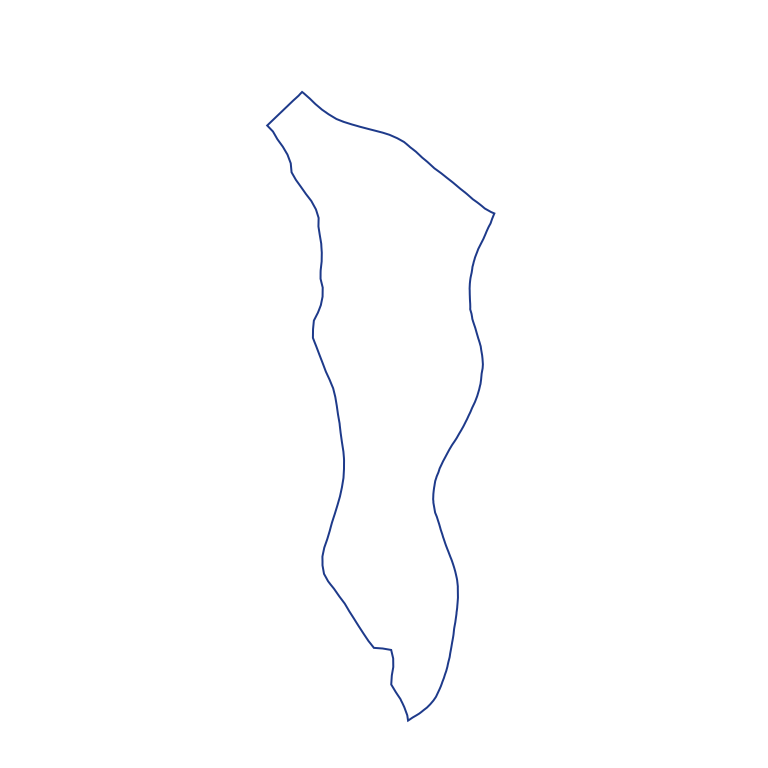 the district of Rakhyah, Hadramawt, Yemen, rotated 321°
{"feature_id": "15242507B88244220380617", "entity_name": "Rakhyah", "entity_type": "district", "adm_level": 2, "iso_a3": "YEM", "parent_name": "Yemen", "parent_adm1": "Hadramawt", "projection": "albers", "projection_center": [47.778, 15.473], "detail": "fine", "context": "isolated", "style": "outline", "palette": "blue", "viewbox_px": 768, "rotation_deg": 321, "n_neighbors": 0, "source": "geoboundaries", "source_scale": "gbopen_adm2", "svg_char_len": 4246}
<svg xmlns="http://www.w3.org/2000/svg" viewBox="0 0 768 768"><g transform="rotate(321 384 384)"><path d="M455.9,109.6L456.6,117.9L455.9,122.3L455.6,124.2L455.2,126.6L454.7,135.9L453.5,143.9L453.4,144.8L450.4,153.8L445.4,161.3L444.0,169.9L443.5,178.6L443.0,186.0L442.9,187.2L442.7,196.0L441.0,205.4L440.4,207.0L437.7,213.8L432.2,220.3L427.9,227.7L423.5,235.5L421.6,238.1L418.3,242.8L412.7,249.5L406.4,255.7L405.0,257.3L400.9,262.3L397.0,270.6L396.2,271.5L391.2,277.5L384.5,283.0L379.3,286.0L377.1,287.2L376.1,287.6L369.4,290.6L363.3,296.8L357.8,303.4L356.4,307.7L355.1,311.9L352.2,320.7L349.4,329.4L347.5,335.1L346.6,337.8L344.4,346.5L342.8,351.8L341.8,355.3L338.0,363.4L333.6,371.2L329.1,378.7L328.1,380.5L324.6,386.8L323.4,388.6L319.6,394.6L314.9,402.4L309.9,411.0L306.3,416.3L304.9,418.2L301.2,422.7L299.4,424.9L293.4,431.5L286.2,437.9L279.0,443.7L271.7,448.8L264.0,454.0L260.9,456.0L256.3,459.0L252.8,461.5L249.4,464.0L243.1,468.3L241.9,469.1L241.4,469.4L234.6,473.6L229.3,477.9L227.5,479.4L224.3,483.5L222.1,486.2L217.9,493.8L216.4,502.2L216.3,506.0L216.3,506.5L216.3,511.5L215.6,521.1L215.3,529.9L214.6,534.7L214.0,538.6L213.0,547.5L212.5,551.5L211.9,556.6L211.0,565.2L210.2,573.9L210.2,574.7L210.1,582.7L216.5,588.7L222.2,595.2L218.4,603.1L213.1,609.8L206.9,615.2L206.4,615.7L200.5,622.1L199.3,630.6L199.0,633.6L198.5,639.2L198.0,641.1L197.5,643.5L196.4,647.9L195.0,652.0L193.6,656.1L191.7,659.3L190.9,660.7L192.6,660.9L196.3,661.2L200.1,661.8L203.8,662.3L206.2,662.4L207.6,662.4L210.0,662.4L213.7,662.5L217.5,662.1L218.4,662.0L220.0,661.7L223.2,661.1L224.2,660.8L227.3,659.9L228.2,659.5L231.1,658.1L234.6,656.4L235.6,655.9L237.9,654.7L240.1,653.4L242.0,652.2L245.5,650.2L248.8,648.0L251.6,646.3L255.5,643.5L256.3,642.8L258.8,640.8L263.1,637.6L264.1,636.7L265.6,635.3L270.5,631.1L274.8,627.3L275.2,627.0L279.1,623.6L280.5,622.3L282.0,620.8L284.1,618.7L285.3,617.6L289.4,614.1L292.7,611.0L293.9,609.9L295.8,608.1L296.7,607.1L297.7,606.2L300.1,603.9L301.4,602.5L303.9,599.9L307.0,596.6L309.5,593.4L313.2,588.7L313.9,587.9L317.5,582.3L318.3,580.8L319.3,578.8L319.8,577.8L321.4,574.5L322.9,571.0L324.2,567.7L325.5,564.2L326.3,561.8L326.6,560.7L327.9,556.7L328.6,554.6L329.2,552.6L330.5,548.6L331.6,545.5L331.9,544.8L332.4,543.4L333.2,541.3L333.4,540.6L334.5,538.0L336.5,532.7L336.8,532.0L337.0,531.6L338.1,529.0L338.7,527.6L340.2,523.7L341.5,520.4L342.8,516.1L344.2,513.6L345.2,511.8L347.7,507.3L348.5,506.3L349.8,504.3L350.3,503.8L353.1,500.6L355.9,497.8L357.7,496.1L359.1,494.9L360.3,493.8L362.8,491.6L365.6,489.8L366.6,489.1L367.5,488.6L370.7,486.9L374.2,484.6L377.8,482.9L381.3,481.2L385.4,479.5L389.4,477.8L393.7,476.0L398.3,474.3L399.9,473.8L402.3,473.1L404.2,472.5L406.6,471.7L410.9,470.0L415.0,468.5L415.7,468.2L418.8,467.0L422.6,465.3L424.1,464.6L426.4,463.6L430.4,461.6L432.8,460.5L434.0,459.9L437.3,458.1L443.4,455.2L447.2,453.0L448.9,452.0L454.3,448.3L457.9,445.5L458.9,444.8L462.4,441.5L466.4,437.4L466.5,437.3L470.6,433.8L473.2,431.0L476.5,426.3L477.2,425.2L478.3,423.5L481.1,418.5L482.9,415.5L483.5,414.0L484.3,412.2L485.6,408.9L485.8,408.3L487.1,405.2L488.1,402.8L488.7,401.4L490.2,397.9L491.6,394.1L492.7,391.2L493.6,389.0L494.4,387.7L496.2,384.5L498.0,380.2L499.4,378.6L501.4,376.0L503.9,372.5L504.8,371.3L507.3,368.0L509.5,365.2L510.6,363.7L513.9,360.0L516.6,357.3L518.0,356.0L519.7,354.6L522.1,352.7L525.2,349.9L526.4,348.7L528.9,346.9L530.7,345.5L532.8,344.1L534.3,343.0L538.1,340.8L539.0,340.3L542.4,338.3L547.8,335.9L553.2,333.5L553.3,333.4L556.6,331.7L559.7,330.0L563.7,328.0L565.3,327.3L567.8,326.3L571.8,323.8L575.4,321.8L577.1,320.9L575.5,317.9L572.8,311.1L572.0,306.9L571.4,304.2L570.7,301.3L569.3,296.3L567.9,288.0L567.6,286.6L566.6,282.1L566.2,280.4L565.3,275.7L564.4,271.0L563.7,267.9L562.7,263.6L561.5,258.1L561.1,256.3L559.5,250.3L558.9,248.1L557.5,238.7L556.3,232.8L556.1,231.7L555.0,223.5L553.3,216.2L553.1,214.8L551.9,208.6L549.0,201.4L545.1,193.8L541.2,187.9L539.5,185.6L536.7,181.8L533.2,177.1L531.8,175.2L528.2,170.3L527.1,168.8L525.3,166.2L522.4,162.1L517.3,154.4L517.3,154.2L517.0,153.8L513.8,148.1L512.1,143.4L510.7,139.5L508.5,131.9L506.9,123.5L506.6,121.1L506.0,115.9L504.6,107.5L504.1,105.5L501.0,105.9L499.1,106.2L491.8,106.6L455.9,109.6Z" fill="none" stroke="#1e3a8a" stroke-width="2"/></g></svg>